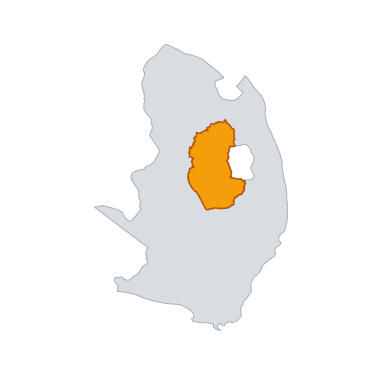 Free State highlighted on a map of South Africa, rotated 308°
{"feature_id": "ZAF-1206", "entity_name": "Free State", "entity_type": "Province", "adm_level": 1, "iso_a3": "ZAF", "parent_name": "South Africa", "parent_adm1": "", "projection": "natural_earth1", "projection_center": [27.438, -28.674], "detail": "fine", "context": "in_parent", "style": "filled", "palette": "amber", "viewbox_px": 384, "rotation_deg": 308, "n_neighbors": 0, "source": "natural_earth", "source_scale": "10m", "svg_char_len": 9459}
<svg xmlns="http://www.w3.org/2000/svg" viewBox="0 0 384 384"><g transform="rotate(308 192 192)"><path d="M259.5,77.7L267.7,76.5L271.4,77.2L275.8,79.1L279.9,79.8L286.9,79.1L289.3,79.5L291.2,80.1L292.6,81.2L294.5,88.9L296.2,97.2L296.1,99.9L296.4,100.9L298.3,104.4L299.1,106.6L300.2,108.4L302.7,117.2L303.0,118.8L302.7,140.2L301.7,142.8L302.1,146.1L301.0,146.6L294.1,142.3L292.8,142.4L290.9,144.0L289.0,146.6L288.2,148.7L284.7,154.5L284.4,158.1L284.7,161.3L285.8,161.4L286.6,163.7L288.5,167.2L291.7,169.5L294.6,170.6L298.8,170.9L302.0,170.8L301.9,168.4L302.7,161.9L308.1,162.7L316.2,162.4L315.6,166.7L312.5,176.3L310.6,187.1L308.1,192.6L306.7,194.8L302.8,198.8L300.7,200.2L299.0,200.6L292.2,208.7L289.7,212.6L287.5,218.2L285.3,221.3L282.0,228.0L276.3,237.8L271.5,244.2L269.4,246.1L267.9,246.9L264.2,250.7L258.8,256.7L254.7,262.0L248.7,268.0L245.1,270.7L239.9,275.9L238.4,276.6L232.5,281.5L228.2,284.4L221.4,287.8L218.6,288.8L212.1,287.9L209.4,288.4L207.1,290.4L206.9,293.4L206.0,293.8L200.0,292.4L197.5,292.7L196.1,294.2L194.9,296.2L191.5,296.3L185.4,294.3L178.1,293.0L176.5,292.9L173.0,294.4L171.8,294.6L166.7,294.3L163.9,293.3L161.2,293.3L159.1,294.1L156.6,294.4L150.0,300.0L146.5,300.0L143.5,300.6L138.1,299.9L136.5,300.2L135.0,301.2L131.4,301.6L130.0,302.4L124.0,307.5L121.4,307.0L118.2,306.9L114.6,304.2L113.2,304.4L113.5,303.6L113.6,302.1L112.3,300.7L110.9,300.8L110.1,299.5L108.0,299.4L106.2,299.8L105.7,295.1L104.9,294.7L102.7,294.6L101.6,294.7L101.2,295.1L100.6,296.2L100.7,299.5L99.9,298.5L99.0,296.6L98.7,294.5L98.9,292.0L100.5,291.1L100.0,288.0L97.3,282.6L95.7,281.4L94.4,278.7L93.2,277.7L92.6,275.7L91.4,274.2L90.9,271.7L91.5,270.3L92.5,269.6L93.6,270.8L94.9,270.3L96.8,268.5L97.8,265.8L97.8,261.5L97.4,258.9L95.8,251.9L95.0,250.3L91.5,245.3L87.4,238.7L82.2,228.2L79.7,221.9L75.8,209.1L72.4,201.9L68.3,195.2L67.8,194.8L68.4,194.0L70.5,192.4L71.4,192.0L71.9,192.2L72.4,191.7L72.8,190.7L73.1,188.3L74.1,185.8L74.9,184.7L76.7,184.0L78.2,185.0L78.8,185.9L79.1,187.1L79.7,187.7L80.7,187.7L81.4,188.4L81.9,189.9L81.8,191.0L81.2,191.7L81.4,192.6L82.1,193.8L82.9,196.2L86.8,197.5L88.9,197.7L91.0,198.3L92.9,199.4L96.0,199.7L100.4,199.1L104.0,199.4L106.8,200.4L108.9,200.6L110.1,200.0L110.7,199.0L110.5,197.7L111.1,196.9L112.5,196.5L113.6,195.6L114.4,194.0L116.4,192.7L119.5,191.7L121.1,191.7L120.0,124.6L125.6,129.2L126.9,131.3L129.7,137.6L132.6,145.4L133.1,149.1L133.0,149.9L130.2,155.0L130.2,157.5L130.5,160.5L131.2,161.9L132.1,162.4L134.0,161.7L137.1,162.5L142.9,162.1L145.8,162.5L146.5,162.3L147.2,161.7L147.9,159.9L148.6,159.3L151.3,158.5L152.5,157.5L154.4,154.0L160.1,149.3L160.7,148.2L164.2,137.0L165.3,135.4L166.9,134.3L170.1,133.5L172.0,134.0L174.0,134.9L176.3,136.6L179.7,139.6L180.9,140.1L184.3,140.2L186.4,142.2L192.7,143.6L194.6,143.5L196.5,142.4L199.8,142.5L203.3,141.7L205.4,139.7L209.4,127.4L209.9,124.8L210.3,124.0L213.7,122.6L217.7,121.6L218.6,121.0L221.1,117.6L224.4,114.8L226.7,105.0L228.2,102.6L229.1,101.7L229.7,101.7L230.6,101.0L231.7,99.8L233.0,99.1L234.5,98.8L235.5,98.0L236.0,96.7L236.7,96.1L237.9,96.1L238.5,95.7L238.7,94.8L241.1,92.7L241.2,91.9L242.6,89.8L245.4,86.5L248.0,84.7L250.5,84.3L255.1,82.6L256.7,81.0L257.7,78.9L259.5,77.7ZM251.6,222.4L255.6,220.8L258.5,218.6L259.2,214.6L261.5,212.1L262.3,209.8L263.0,206.7L261.7,203.4L259.8,202.4L256.4,199.6L255.0,197.7L253.0,196.1L251.5,194.1L249.2,194.7L245.6,196.3L243.3,197.7L241.5,199.4L238.1,200.7L234.9,206.1L233.9,207.3L231.4,211.3L227.9,213.2L227.8,213.9L229.0,217.1L230.6,220.3L232.4,222.9L232.3,224.6L232.9,225.8L234.4,226.7L237.0,230.0L238.3,231.0L242.3,231.8L242.9,231.6L244.0,229.6L244.1,228.3L246.8,224.0L247.9,222.7L251.6,222.4Z" fill="#d9dde1" stroke="#a8b0b8" stroke-width="1"/><path d="M255.0,197.6L254.8,197.5L254.1,197.3L253.9,197.2L253.5,196.3L253.3,196.1L252.6,196.1L252.5,195.8L252.4,195.1L252.1,194.4L251.6,193.9L251.4,193.9L250.6,194.6L248.2,194.8L247.8,194.9L247.6,195.2L247.1,196.0L246.9,196.3L246.5,196.4L245.9,196.4L245.5,196.3L244.5,196.4L244.4,196.3L243.6,197.6L242.9,198.3L242.3,199.1L242.3,199.5L241.7,199.6L241.2,199.1L240.7,199.2L240.4,200.0L240.0,200.2L238.3,200.1L238.4,200.4L237.8,200.8L237.8,201.2L237.7,201.6L237.1,202.2L236.6,202.4L237.0,203.0L236.7,203.1L236.6,203.5L236.2,204.2L235.4,205.3L235.0,205.6L234.9,205.7L235.0,206.5L234.8,206.7L234.1,206.9L233.8,207.1L233.7,207.8L233.6,208.0L233.2,208.3L233.3,208.8L233.3,209.0L232.5,209.9L232.3,210.2L232.3,210.5L232.2,210.6L231.8,210.6L231.6,211.2L231.0,211.7L229.8,212.1L229.4,212.2L228.9,212.3L228.3,213.0L228.2,212.9L228.1,212.7L227.9,212.7L227.6,213.2L227.3,213.0L227.2,213.2L227.2,213.5L227.0,213.9L227.8,214.5L228.2,215.2L230.0,219.7L230.3,220.0L231.0,220.7L231.2,221.0L231.4,221.9L231.7,222.5L231.9,222.5L232.4,222.5L232.7,222.7L232.7,222.8L232.5,223.1L232.2,223.9L232.2,224.5L232.5,225.4L232.5,225.7L232.7,225.8L232.3,225.9L232.6,226.6L232.9,226.5L233.1,226.8L232.9,227.1L232.2,227.1L231.9,227.2L231.9,227.5L232.4,227.9L232.1,228.2L231.4,227.9L231.3,228.1L231.8,228.5L231.5,229.0L231.2,229.1L230.8,229.0L230.7,228.8L230.4,228.9L230.2,228.9L229.8,229.2L229.2,229.2L229.1,229.7L228.8,229.9L227.9,229.7L227.2,229.8L227.1,230.1L227.4,230.4L227.5,230.8L227.4,230.9L226.8,230.8L226.5,230.9L226.2,231.1L226.1,231.4L226.2,231.8L226.0,232.0L225.2,232.1L225.0,232.4L224.8,232.4L224.6,232.3L224.1,231.8L223.7,231.8L223.3,232.1L222.8,232.2L222.6,232.4L222.3,232.4L222.1,232.3L221.5,232.5L221.6,232.2L221.3,232.0L220.3,232.0L219.4,231.6L219.2,231.4L219.1,230.8L218.7,230.3L216.7,230.7L216.2,230.6L216.0,230.3L215.9,230.0L215.1,229.7L214.6,229.0L214.2,228.9L214.1,229.1L214.1,229.4L214.1,229.7L213.7,229.7L212.9,229.4L211.8,229.8L211.1,230.4L210.6,230.0L210.4,230.0L210.1,230.2L210.2,230.7L210.0,231.0L208.7,232.1L207.9,232.5L207.5,232.4L207.0,232.2L206.5,232.0L206.4,231.9L206.3,231.3L206.2,231.1L205.7,231.1L204.1,231.3L203.5,230.9L203.0,230.4L202.5,230.0L201.4,230.0L201.2,229.7L201.1,229.4L200.9,229.1L200.3,228.8L199.8,228.4L199.0,227.4L197.7,226.1L197.4,225.2L196.7,224.9L196.5,224.6L196.2,224.0L195.9,223.9L195.6,223.7L194.1,220.4L193.7,219.8L192.3,219.5L192.0,219.1L191.8,218.1L191.6,218.0L191.0,217.9L190.6,217.6L189.9,216.7L189.3,216.6L189.1,216.1L188.6,216.1L188.4,216.0L188.1,215.7L187.4,214.8L187.2,214.5L187.1,213.8L187.0,213.6L191.7,203.0L194.9,195.4L195.0,195.2L194.7,194.9L194.5,194.6L194.4,194.1L194.5,193.0L194.7,192.0L195.2,191.2L195.5,189.8L195.5,189.3L195.3,188.9L195.2,188.7L195.3,188.5L195.6,188.2L196.0,187.8L196.5,186.9L196.9,185.6L197.0,184.7L197.6,184.5L197.8,184.3L198.3,183.4L198.2,183.1L198.7,182.2L199.0,182.1L199.4,182.1L199.6,181.7L199.9,181.5L200.5,180.7L200.4,180.2L200.6,180.1L200.8,179.7L201.0,179.6L201.5,179.5L201.8,179.4L203.1,178.2L204.1,177.9L204.3,177.7L204.6,177.8L204.8,177.7L205.2,177.5L205.5,177.2L206.5,177.5L207.2,176.8L208.8,175.8L209.1,175.8L209.3,175.9L209.7,176.4L209.9,176.5L210.6,176.5L211.8,176.8L212.1,178.2L212.3,178.3L212.7,178.3L212.8,178.2L212.7,177.4L212.7,177.2L213.0,176.4L213.4,175.9L214.7,174.5L215.1,174.4L215.3,174.2L215.3,173.8L215.4,173.4L215.6,173.0L216.0,172.7L216.4,172.6L216.7,172.9L217.0,172.5L217.3,172.3L217.7,172.3L218.0,172.4L219.5,172.4L219.4,172.1L218.8,171.9L218.6,171.6L218.7,171.3L218.9,171.0L219.2,170.9L219.2,169.8L218.9,169.4L218.4,168.9L218.0,168.4L218.3,168.0L219.2,167.7L219.9,167.0L220.1,167.0L220.4,167.1L220.6,166.9L220.6,166.1L221.3,165.3L221.6,165.2L222.3,165.5L222.5,164.9L223.0,164.4L223.6,164.1L223.8,163.9L224.2,164.2L224.5,163.8L224.8,163.6L225.7,164.4L225.7,163.2L225.7,162.9L225.9,162.7L226.1,162.9L226.4,163.5L227.0,163.8L227.6,163.9L229.1,163.9L229.5,163.7L229.7,163.8L229.6,164.3L229.7,164.5L230.0,164.3L230.6,163.8L231.3,163.0L231.6,162.7L232.1,162.6L232.3,162.7L232.7,163.2L232.9,163.3L234.1,163.0L234.2,162.9L234.7,162.1L234.8,161.2L235.0,161.0L235.7,160.9L235.6,160.5L235.8,160.4L236.1,160.4L236.3,160.2L236.7,160.9L238.0,160.7L238.3,161.1L238.5,161.1L238.7,160.6L239.3,160.4L240.3,160.2L241.0,159.4L241.5,159.1L242.1,159.7L241.8,159.9L242.0,160.4L242.8,161.9L243.5,162.3L244.2,162.9L244.5,162.6L244.8,163.1L245.1,163.4L246.0,163.2L247.0,163.9L248.1,164.0L248.4,164.6L248.6,164.9L248.8,164.9L249.0,164.6L249.5,164.6L249.9,165.1L250.0,165.3L250.4,165.4L250.4,165.6L250.2,166.3L250.4,166.2L251.3,165.4L252.1,165.3L252.0,165.1L251.8,164.9L251.6,164.8L251.6,164.6L252.0,164.4L252.7,164.7L253.8,165.5L254.3,165.7L254.6,165.9L255.0,165.7L255.3,166.0L255.5,166.0L255.9,165.5L256.3,165.3L256.6,165.1L257.1,165.1L257.8,165.6L258.1,165.7L258.2,166.5L258.4,166.8L258.8,167.7L259.0,168.0L259.4,167.8L259.6,167.7L260.5,167.8L261.1,168.4L261.5,168.5L261.8,168.8L262.3,169.0L262.3,169.4L262.4,169.6L262.6,169.6L263.1,169.4L263.3,169.4L263.9,169.8L264.2,170.2L264.3,170.8L264.5,171.1L264.6,171.4L265.1,172.0L265.4,172.3L265.4,172.7L265.4,172.9L266.7,174.5L266.9,174.5L267.3,174.2L267.7,174.2L267.8,173.7L268.0,173.4L268.6,173.4L268.9,173.5L268.2,173.8L268.1,174.0L268.1,174.8L268.8,175.0L268.9,175.4L268.9,176.1L268.8,176.3L267.9,176.8L267.6,177.3L267.6,177.6L267.9,178.1L267.9,178.3L267.8,179.4L267.9,179.6L268.1,179.8L268.1,180.0L267.9,180.4L267.7,181.2L267.3,181.8L267.3,182.9L266.9,183.5L266.6,184.2L266.6,184.4L266.7,184.6L267.2,185.1L267.3,185.4L267.4,185.7L267.3,186.3L267.2,186.5L266.6,187.1L266.1,188.0L265.0,188.1L264.6,188.3L263.3,190.0L262.4,190.5L261.8,191.2L261.0,191.4L260.6,191.6L260.3,191.9L260.1,192.4L260.2,193.0L260.0,193.3L259.3,193.5L258.6,193.4L257.8,193.6L256.8,194.0L256.2,194.7L256.1,195.5L255.6,196.1L255.0,197.6Z" fill="#f59e0b" stroke="#b45309" stroke-width="1.5"/></g></svg>